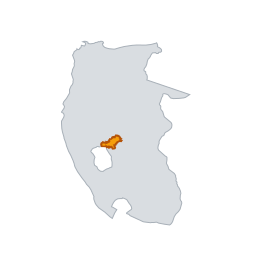 Mangaung, Free State, South Africa shown in context, rotated 112°
{"feature_id": "47623444B22599792684232", "entity_name": "Mangaung", "entity_type": "district", "adm_level": 2, "iso_a3": "ZAF", "parent_name": "South Africa", "parent_adm1": "Free State", "projection": "albers", "projection_center": [26.542, -29.381], "detail": "fine", "context": "in_parent", "style": "filled", "palette": "amber", "viewbox_px": 256, "rotation_deg": 112, "n_neighbors": 0, "source": "geoboundaries", "source_scale": "gbopen_adm2", "svg_char_len": 7023}
<svg xmlns="http://www.w3.org/2000/svg" viewBox="0 0 256 256"><g transform="rotate(112 128 128)"><path d="M177.5,50.0L183.7,49.3L186.5,49.9L189.7,51.3L192.8,51.9L198.1,51.6L199.9,51.9L201.3,52.4L202.3,53.1L203.6,58.4L204.7,64.0L204.6,65.8L204.7,66.5L206.1,68.9L206.6,70.4L207.4,71.7L209.0,77.7L209.2,78.8L208.5,93.2L207.7,94.9L207.9,97.2L207.0,97.4L202.1,94.3L201.2,94.4L199.7,95.4L198.3,97.1L197.6,98.5L194.9,102.3L194.7,104.7L194.8,106.9L195.6,107.0L196.2,108.5L197.5,111.0L199.7,112.7L201.9,113.4L204.8,113.8L207.2,113.8L207.2,112.2L207.9,107.8L211.8,108.5L217.7,108.7L217.1,111.5L214.7,117.9L213.0,125.2L211.1,128.8L210.0,130.2L207.1,132.8L205.6,133.6L204.3,133.9L199.3,139.1L197.4,141.7L195.7,145.4L194.1,147.5L191.6,151.9L187.4,158.4L183.9,162.6L182.4,163.8L181.4,164.4L178.7,166.8L174.8,170.8L171.9,174.3L167.6,178.3L165.1,180.1L161.4,183.5L160.4,184.0L156.2,187.3L153.2,189.2L148.4,191.5L146.5,192.2L142.0,191.6L140.1,191.9L138.5,193.3L138.4,195.3L137.8,195.6L133.6,194.7L131.9,194.9L130.9,196.0L130.1,197.3L127.7,197.4L123.5,196.1L118.5,195.4L117.3,195.3L114.9,196.4L114.1,196.6L110.5,196.5L108.6,195.9L106.7,195.9L105.3,196.5L103.6,196.8L99.0,200.7L96.6,200.8L94.6,201.3L90.8,201.0L89.8,201.3L88.7,202.0L86.2,202.4L85.3,203.0L81.2,206.7L79.5,206.4L77.3,206.5L74.7,204.8L73.7,205.0L74.0,204.4L74.0,203.5L73.0,202.5L72.1,202.7L71.5,201.9L70.0,201.9L68.8,202.2L68.3,199.1L67.7,198.8L66.2,198.8L65.5,199.0L65.2,199.3L64.8,200.1L65.0,202.3L64.4,201.7L63.7,200.4L63.4,199.0L63.5,197.3L64.6,196.6L64.1,194.5L62.1,191.0L61.0,190.3L60.0,188.5L59.1,187.9L58.7,186.6L57.7,185.7L57.3,184.0L57.7,183.0L58.4,182.5L59.2,183.2L60.1,182.9L61.3,181.6L62.0,179.7L61.8,176.8L61.5,175.0L60.1,170.4L59.5,169.4L56.9,166.2L53.8,161.9L49.8,155.1L47.8,151.0L44.5,142.6L41.9,137.9L38.7,133.6L38.3,133.4L38.7,132.8L40.1,131.6L40.7,131.3L41.1,131.4L41.5,131.1L41.7,130.3L41.8,128.7L42.4,127.0L43.0,126.2L44.3,125.6L45.4,126.1L45.8,126.7L46.1,127.5L46.5,127.9L47.3,127.8L47.8,128.3L48.2,129.3L48.2,130.0L47.8,130.5L47.9,131.1L48.5,131.9L49.2,133.5L52.0,134.1L53.5,134.1L55.0,134.4L56.4,135.1L58.7,135.1L61.8,134.5L64.4,134.5L66.4,135.1L67.9,135.1L68.8,134.6L69.1,133.9L69.0,133.1L69.4,132.5L70.4,132.2L71.2,131.5L71.7,130.4L73.1,129.4L75.3,128.6L76.4,128.6L73.9,83.3L78.1,86.2L79.2,87.6L81.4,91.7L83.7,96.8L84.2,99.4L84.1,99.9L82.2,103.4L82.2,105.1L82.5,107.1L83.1,108.1L83.7,108.4L85.1,107.8L87.3,108.2L91.6,107.8L93.7,108.0L94.2,107.8L94.7,107.4L95.2,106.1L95.7,105.7L97.6,105.1L98.5,104.4L99.8,102.0L103.9,98.7L104.3,97.9L106.7,90.3L107.5,89.2L108.7,88.4L111.0,87.8L112.4,88.0L113.9,88.7L115.6,89.7L118.1,91.7L119.0,92.0L121.5,92.0L123.0,93.4L127.7,94.2L129.1,94.1L130.5,93.4L132.9,93.4L135.4,92.8L137.0,91.5L140.0,83.2L140.3,81.4L140.6,80.9L143.1,79.9L146.1,79.2L146.7,78.8L148.6,76.5L151.0,74.6L152.8,68.0L153.9,66.5L154.6,65.8L155.0,65.8L155.7,65.4L156.5,64.6L157.5,64.1L158.6,63.9L159.4,63.4L159.7,62.5L160.3,62.1L161.1,62.1L161.6,61.8L161.7,61.3L163.6,59.9L163.7,59.3L164.7,57.9L166.9,55.7L168.8,54.5L170.7,54.3L174.1,53.2L175.4,52.2L176.2,50.8L177.5,50.0ZM170.1,147.5L173.0,146.5L175.1,145.0L175.6,142.3L177.3,140.7L177.9,139.2L178.4,137.1L177.5,134.8L176.2,134.1L173.8,132.2L172.8,130.9L171.3,129.7L170.3,128.4L168.6,128.8L166.0,129.8L164.4,130.8L163.1,131.9L160.6,132.7L158.3,136.3L157.6,137.2L155.8,139.8L153.2,141.1L153.2,141.6L154.0,143.8L155.2,145.9L156.4,147.7L156.3,148.8L156.7,149.7L157.8,150.3L159.7,152.5L160.6,153.2L163.4,153.8L163.8,153.6L164.6,152.3L164.7,151.4L166.7,148.6L167.5,147.7L170.1,147.5Z" fill="#d9dde1" stroke="#a8b0b8" stroke-width="1"/><path d="M139.1,132.2L139.0,132.9L139.1,133.1L138.8,133.5L139.3,133.7L138.9,134.4L139.0,134.4L139.0,134.6L139.0,134.8L139.3,134.8L139.2,135.1L139.4,135.5L139.1,135.6L139.1,135.8L139.1,135.7L139.1,135.8L139.1,136.2L139.3,136.2L139.5,136.2L139.7,136.3L139.6,136.6L139.8,136.6L140.1,136.3L140.4,136.6L140.8,136.5L140.9,136.9L140.9,137.1L141.3,137.1L141.5,137.0L141.6,136.9L141.8,136.8L141.9,137.2L142.0,137.2L142.1,137.6L141.9,137.8L141.4,137.9L141.5,138.2L141.6,138.4L142.2,138.5L142.2,138.9L142.3,138.9L142.5,138.8L142.7,139.3L142.9,139.3L142.9,139.1L143.0,139.2L143.0,139.3L143.3,139.2L143.3,139.3L143.4,139.0L143.6,139.2L144.3,139.3L144.6,139.5L144.8,139.8L144.8,140.1L144.9,140.8L145.5,140.9L145.7,141.0L145.8,140.9L146.1,141.0L146.2,140.6L146.4,140.5L146.8,140.6L147.0,140.5L147.2,140.8L147.3,140.7L147.4,140.4L147.5,140.5L147.8,140.4L147.8,140.5L147.8,140.8L147.8,141.1L147.7,141.2L147.8,141.3L147.7,141.4L147.9,141.5L147.9,141.4L148.6,141.2L148.9,141.1L149.0,141.2L148.9,141.3L148.7,141.5L148.5,142.0L148.8,142.2L148.8,142.3L149.0,142.2L149.0,142.4L149.2,142.1L149.5,141.9L149.6,142.2L149.8,142.1L150.0,142.2L150.3,142.5L150.2,142.5L150.0,143.3L149.8,143.8L150.1,144.3L150.3,144.3L150.5,144.4L150.4,144.5L150.5,144.6L150.4,144.7L150.6,144.9L150.7,145.1L150.5,145.3L150.5,145.5L150.7,145.3L151.0,145.5L151.0,145.8L151.1,146.0L150.9,146.0L150.7,146.0L151.0,146.4L152.0,147.1L152.5,147.1L152.6,146.6L152.9,146.7L153.3,146.8L153.3,146.7L153.6,146.4L153.9,146.2L153.6,146.1L154.0,145.9L154.2,146.1L154.3,145.8L154.7,145.7L154.9,145.5L153.7,142.4L153.3,142.1L153.0,141.8L152.9,141.7L152.8,141.4L152.9,141.1L153.0,141.0L153.2,141.3L153.3,141.2L153.3,140.9L153.5,140.9L153.5,141.0L153.6,140.9L153.8,140.8L153.7,140.7L153.9,140.6L154.0,140.5L154.0,140.3L153.8,140.2L153.5,140.3L153.4,140.1L153.3,139.8L152.8,139.9L152.7,139.8L152.4,139.4L152.7,139.0L152.4,138.9L152.2,138.7L152.8,138.3L153.0,138.5L153.4,138.8L153.4,138.7L153.5,138.5L153.5,138.4L153.7,138.2L153.4,137.9L153.2,137.6L152.9,137.8L152.9,138.1L152.4,138.0L152.2,138.1L152.2,137.8L152.2,137.7L151.9,137.3L152.0,137.3L152.1,136.9L152.1,137.0L152.2,136.6L151.9,136.5L152.0,136.3L151.8,136.1L151.7,136.0L151.8,135.9L151.7,135.7L151.8,135.6L152.1,135.5L152.3,135.3L152.3,135.2L152.8,135.0L152.8,134.8L152.7,134.7L152.9,134.4L153.1,134.4L153.1,134.1L152.9,134.0L152.8,133.9L152.6,133.7L152.3,133.7L152.2,133.5L152.0,132.9L152.1,132.6L151.7,132.4L151.5,132.6L150.7,132.5L150.0,133.4L150.3,133.5L150.0,133.9L150.0,134.0L149.9,134.1L149.7,134.3L149.6,134.5L149.6,134.3L149.3,134.2L149.1,134.5L149.0,134.3L148.8,134.2L148.7,134.1L148.5,133.4L148.4,133.5L148.2,133.2L147.8,133.1L147.5,133.4L147.4,133.2L147.2,133.1L146.9,132.7L146.5,132.9L146.5,133.3L146.2,133.2L145.9,133.0L145.8,132.9L145.7,132.9L145.8,132.7L145.8,132.4L145.5,132.2L145.1,132.7L144.9,132.6L144.7,132.5L144.7,132.3L144.6,132.2L144.4,131.9L144.2,131.8L144.1,131.7L143.9,131.6L144.0,131.5L143.9,131.4L143.9,131.5L143.7,131.5L143.5,131.4L143.4,131.2L143.5,131.1L143.4,131.0L143.2,131.1L142.9,131.0L142.8,130.9L142.7,130.7L142.9,130.6L143.4,130.4L143.1,129.8L142.9,129.2L142.7,129.2L142.2,129.1L142.3,129.3L142.0,129.9L142.2,130.2L142.3,130.3L142.2,130.4L142.2,130.5L142.1,130.9L141.6,131.0L141.0,131.2L141.3,130.4L141.2,130.4L141.1,130.6L140.9,130.4L140.8,130.6L140.5,130.4L140.5,130.5L140.4,130.7L140.3,131.1L140.3,131.8L139.8,131.6L139.7,132.1L139.3,132.1L139.2,132.2L139.1,132.3L139.1,132.2Z" fill="#f59e0b" stroke="#b45309" stroke-width="1.5"/></g></svg>